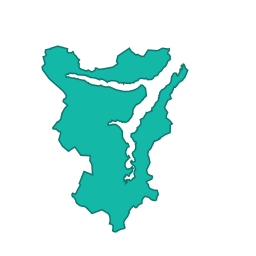 the district of Volda nor, Møre og Romsdal, Norway, rotated 75°
{"feature_id": "86288312B43762277095742", "entity_name": "Volda nor", "entity_type": "district", "adm_level": 2, "iso_a3": "NOR", "parent_name": "Norway", "parent_adm1": "Møre og Romsdal", "projection": "orthographic", "projection_center": [6.111, 62.092], "detail": "fine", "context": "isolated", "style": "filled", "palette": "teal", "viewbox_px": 256, "rotation_deg": 75, "n_neighbors": 0, "source": "geoboundaries", "source_scale": "gbopen_adm2", "svg_char_len": 5876}
<svg xmlns="http://www.w3.org/2000/svg" viewBox="0 0 256 256"><g transform="rotate(75 128 128)"><path d="M87.7,55.4L85.2,57.0L81.6,57.4L81.9,57.9L80.8,58.2L81.5,58.6L81.3,59.8L81.8,60.5L82.8,60.7L83.2,59.7L84.7,60.1L85.0,60.9L84.7,61.5L85.4,61.8L84.8,62.4L85.4,62.8L86.4,62.7L90.3,66.0L90.4,66.7L89.8,67.2L87.9,66.9L87.0,68.6L87.0,69.1L87.3,70.0L90.2,72.8L93.7,74.1L95.7,75.6L96.5,77.0L97.3,80.0L98.9,81.9L99.5,83.1L100.0,85.6L101.5,87.5L102.4,88.3L104.1,88.8L104.5,89.7L106.6,90.0L106.9,90.3L106.6,90.5L106.8,90.8L107.7,90.8L109.4,91.9L111.2,95.2L112.3,95.5L112.7,96.4L114.3,97.8L114.8,99.7L117.1,100.4L116.8,100.6L117.7,101.3L117.8,102.6L118.0,102.8L118.2,105.6L117.8,106.4L119.1,106.9L121.1,109.4L122.3,110.2L123.0,113.9L126.4,114.1L127.3,114.6L129.1,116.5L130.2,119.2L131.4,119.1L131.3,119.4L132.2,119.6L132.9,120.8L133.6,121.1L134.4,123.5L134.7,123.6L134.2,124.9L134.5,126.4L137.2,127.4L138.9,126.4L142.7,125.5L143.1,125.2L143.3,124.1L144.7,123.9L145.3,125.1L146.8,124.9L150.4,126.1L150.3,126.4L151.4,127.0L152.0,127.9L152.3,129.0L153.7,130.5L157.2,130.2L158.6,129.5L161.8,129.5L162.2,131.2L162.1,132.6L160.4,132.8L160.9,133.9L161.6,134.3L164.5,133.3L166.1,131.6L170.1,131.3L171.0,132.9L173.9,134.0L176.4,133.8L177.7,134.3L178.0,135.0L177.7,135.4L178.2,136.8L179.0,137.3L179.6,139.6L178.3,139.9L178.4,140.9L178.0,141.0L177.6,142.4L180.2,143.2L180.6,143.4L180.6,144.0L180.1,143.3L179.9,143.7L180.8,144.6L179.7,144.4L179.6,143.7L179.1,143.3L177.9,144.0L178.2,145.4L177.3,145.3L177.3,144.8L176.9,145.2L174.9,145.0L174.5,144.6L174.5,143.5L173.9,143.4L173.9,142.7L172.4,142.4L172.8,141.3L174.6,139.8L174.7,139.1L172.6,138.0L172.5,137.3L172.0,137.3L172.0,136.5L171.4,135.4L169.4,134.4L168.0,134.8L168.0,133.9L167.4,133.8L167.6,133.6L166.5,133.9L167.0,135.1L167.7,135.5L167.7,138.9L167.4,139.7L164.3,140.8L161.6,140.2L159.4,138.3L158.1,135.9L157.4,135.7L157.2,134.0L154.9,134.5L155.5,135.6L155.4,136.2L154.3,136.7L151.3,136.7L150.2,136.4L146.9,134.1L146.4,133.0L146.4,131.9L146.0,131.8L143.0,132.1L142.5,132.5L142.4,133.9L135.7,135.7L129.4,134.4L124.9,136.1L121.4,138.8L121.2,140.7L120.9,140.6L120.5,141.7L120.7,144.8L119.9,145.6L120.1,146.4L119.1,146.5L117.8,145.3L117.4,143.3L117.7,143.3L117.5,142.3L116.4,141.7L117.1,140.9L116.9,140.4L117.5,140.0L118.4,138.4L118.2,137.2L117.5,137.1L117.4,136.4L119.1,134.5L119.9,132.8L120.2,132.8L120.7,131.2L121.0,131.4L120.9,130.4L121.8,129.4L121.9,128.3L121.2,125.6L118.5,122.3L118.6,122.0L116.8,120.8L115.6,119.4L114.5,119.6L110.5,117.8L109.9,116.6L108.8,115.8L108.5,115.0L107.9,114.7L107.6,112.7L107.1,112.6L107.1,111.1L106.4,109.3L105.2,108.1L105.0,107.3L104.5,106.8L104.4,106.0L103.4,105.3L101.6,101.9L94.2,100.9L90.8,102.7L90.2,103.2L90.2,104.1L89.9,104.5L89.9,104.9L91.1,105.5L91.3,106.8L92.2,108.1L93.0,112.3L92.9,117.8L91.6,122.8L88.0,129.7L83.8,134.8L83.3,135.9L82.6,139.2L81.5,141.2L79.8,142.9L79.6,143.4L80.0,144.3L79.6,145.9L77.1,151.3L74.9,154.4L73.9,154.7L73.6,155.7L70.5,157.9L70.5,158.8L69.9,160.0L68.0,163.4L67.3,163.7L67.4,164.5L66.6,166.2L65.9,166.7L65.9,167.3L64.9,170.0L63.2,172.4L63.0,174.4L60.8,174.6L60.1,173.2L60.7,171.7L60.0,170.9L60.0,170.3L60.2,169.7L60.2,168.9L60.9,167.9L61.8,164.6L63.5,162.9L66.1,155.1L67.3,154.2L67.3,153.5L69.4,151.3L71.2,146.7L74.1,142.9L73.7,142.7L73.6,141.7L74.5,139.8L76.2,137.9L78.5,136.1L77.8,134.9L78.2,133.7L77.9,133.4L77.8,132.2L79.2,128.0L80.1,126.6L82.3,125.0L82.1,123.8L83.0,122.3L83.0,121.1L84.3,120.8L83.3,119.8L84.5,117.7L85.1,115.0L85.6,114.6L85.1,112.7L85.8,111.0L85.5,110.1L84.6,109.1L84.8,106.1L83.6,105.4L83.3,102.5L85.0,98.7L84.6,98.0L84.8,97.5L86.4,96.5L87.2,92.7L86.4,90.8L84.7,88.9L84.8,87.1L84.6,85.7L82.3,83.6L81.4,81.0L78.8,78.0L78.0,75.6L73.4,71.8L72.9,69.7L69.6,68.7L67.4,69.5L66.8,70.4L65.6,70.3L63.6,68.0L62.2,67.6L62.3,68.4L59.9,74.1L61.0,79.5L57.9,88.4L63.0,94.1L62.1,96.8L59.2,100.0L59.6,101.4L54.3,105.3L51.3,106.0L55.9,119.2L60.7,121.8L63.3,121.2L65.3,126.8L64.4,138.0L63.7,141.4L62.2,142.6L61.7,143.9L63.6,144.8L64.3,147.2L64.3,148.5L63.6,149.8L61.7,151.4L62.1,152.8L61.9,153.9L59.0,158.1L57.8,159.3L56.3,159.6L53.3,158.5L51.9,159.4L49.5,157.2L47.8,158.7L44.9,159.7L43.0,161.0L40.0,161.4L40.8,163.7L39.4,166.7L37.8,166.9L35.9,165.9L30.8,174.6L31.1,182.1L31.5,182.0L31.2,187.4L33.9,188.5L36.2,187.8L37.2,189.3L37.3,191.5L44.8,191.5L46.6,195.0L49.5,195.4L60.2,191.2L75.3,181.2L77.6,180.2L80.9,179.1L83.2,180.5L83.7,182.8L85.8,183.8L90.4,180.5L92.9,184.3L96.7,187.9L102.1,190.6L104.1,193.9L103.8,194.6L108.4,200.6L109.3,200.6L110.1,199.1L110.4,197.7L113.4,195.9L114.2,194.6L115.3,194.2L121.6,197.9L128.6,196.0L135.0,191.5L132.5,184.3L142.2,180.5L145.0,171.6L149.6,173.3L153.9,172.3L164.1,174.3L158.6,181.7L169.1,189.5L170.3,188.7L171.0,189.0L174.7,192.8L176.7,194.2L178.2,196.2L176.7,198.3L177.0,198.6L177.7,199.4L180.0,199.4L180.8,198.2L183.6,197.3L187.0,197.2L190.6,194.5L192.6,190.3L193.8,189.0L201.2,184.9L200.2,174.3L205.2,169.5L207.0,168.5L210.3,168.6L212.9,169.2L215.8,170.7L216.3,169.3L218.1,167.8L220.3,168.1L223.3,169.4L224.7,168.0L225.2,166.5L224.1,162.7L223.9,160.2L224.1,157.9L223.6,156.8L218.8,156.8L217.5,156.3L215.8,154.7L213.1,151.2L210.0,148.6L209.3,149.1L206.6,146.2L204.6,142.9L206.7,141.5L207.0,140.2L205.1,137.9L204.2,134.0L201.3,133.2L198.7,130.3L198.5,129.4L200.1,126.0L203.2,124.0L204.6,121.9L205.1,120.3L204.7,119.1L201.8,117.8L200.2,115.9L195.7,116.0L195.1,118.6L192.0,122.6L190.2,123.2L187.8,123.0L186.3,123.9L184.4,124.1L183.4,118.2L181.6,117.0L180.5,117.2L179.4,119.2L177.2,121.1L173.5,121.0L167.2,115.8L161.3,115.5L159.2,116.0L155.5,114.3L153.7,111.3L147.3,105.9L147.7,105.4L147.4,102.8L146.7,100.1L146.3,100.5L144.1,94.2L143.3,88.5L136.2,86.5L135.3,84.1L131.2,86.0L128.3,88.4L126.4,88.1L123.2,85.7L118.8,87.3L117.4,87.2L111.5,82.4L110.8,78.6L107.2,79.1L105.5,77.6L105.6,76.9L101.9,74.0L100.3,73.2L101.0,71.8L97.1,66.7L96.0,63.0L95.7,63.1L93.7,60.0L87.7,55.4Z" fill="#14b8a6" stroke="#0f766e" stroke-width="1.5"/></g></svg>